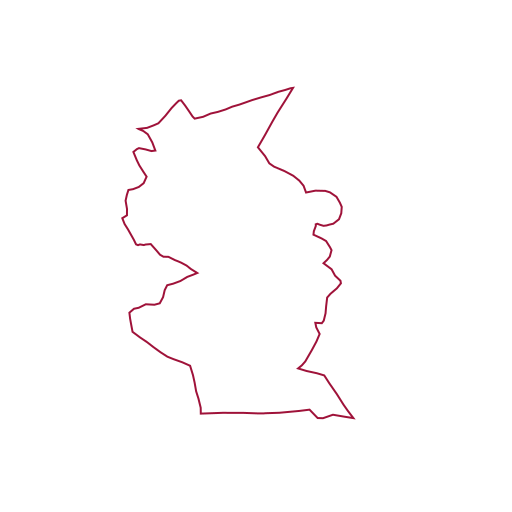 the district of Al-Shatra, Dhi-Qar, Iraq, rotated 120°
{"feature_id": "34846034B98077762120905", "entity_name": "Al-Shatra", "entity_type": "district", "adm_level": 2, "iso_a3": "IRQ", "parent_name": "Iraq", "parent_adm1": "Dhi-Qar", "projection": "robinson", "projection_center": [46.274, 31.405], "detail": "fine", "context": "isolated", "style": "outline", "palette": "rose", "viewbox_px": 512, "rotation_deg": 120, "n_neighbors": 0, "source": "geoboundaries", "source_scale": "gbopen_adm2", "svg_char_len": 2367}
<svg xmlns="http://www.w3.org/2000/svg" viewBox="0 0 512 512"><g transform="rotate(120 256 256)"><path d="M347.7,90.6L344.2,99.0L341.0,105.9L335.2,116.9L329.7,128.6L325.3,137.2L327.1,144.7L330.3,154.7L332.3,163.3L327.7,161.6L322.7,160.6L316.1,160.6L309.4,160.6L299.8,160.9L291.7,161.9L287.7,168.1L284.2,171.2L281.3,165.4L278.1,165.0L270.9,167.1L264.3,170.2L263.6,170.5L258.0,172.9L256.4,173.6L251.4,172.6L243.6,169.8L237.2,168.8L235.2,170.5L233.5,177.7L229.7,183.9L228.5,193.9L223.9,192.5L219.6,191.8L213.2,193.5L211.4,196.3L208.0,202.8L208.0,208.0L208.8,216.9L205.6,218.3L200.2,219.2L199.6,219.5L198.7,220.1L197.4,219.0L197.0,216.3L196.1,212.6L194.3,210.2L192.0,208.0L189.4,205.2L182.7,202.5L176.4,203.5L170.6,206.3L167.9,210.0L164.5,215.9L163.9,223.8L165.0,228.6L167.9,233.9L169.7,237.2L176.0,244.4L171.4,249.9L169.1,256.1L167.9,263.7L168.2,273.6L169.6,285.0L169.1,290.8L165.0,298.0L160.9,308.7L158.3,308.7L146.7,308.7L131.3,309.0L120.9,309.0L104.4,308.3L91.9,308.0L93.6,310.1L97.7,313.8L102.6,318.7L109.9,324.8L116.2,331.0L122.9,337.3L127.5,341.2L133.2,346.1L138.6,351.3L144.3,355.6L150.3,361.1L155.3,366.5L161.9,371.4L167.7,377.8L166.9,380.7L164.0,386.6L161.2,392.5L158.6,398.7L160.1,400.5L163.6,401.5L170.1,403.1L179.9,404.6L189.9,406.9L194.1,410.0L199.5,414.4L204.7,421.4L204.7,421.1L204.1,416.2L204.7,410.6L209.5,402.6L215.0,395.9L217.4,399.0L218.9,404.9L221.1,411.3L223.0,412.6L227.2,414.2L232.6,407.2L235.9,402.3L239.4,395.6L242.0,390.4L249.1,389.7L254.8,392.0L259.6,395.9L262.6,399.5L267.6,398.4L273.3,396.6L279.8,391.2L285.3,388.1L290.1,390.7L294.0,385.8L297.0,380.1L299.9,375.2L303.1,369.8L305.9,365.7L305.6,363.6L304.0,362.3L302.6,358.6L301.3,357.4L298.3,353.1L300.9,345.3L302.9,339.7L302.9,335.8L300.5,331.4L300.1,324.2L299.6,321.0L299.2,317.5L299.0,311.3L299.8,306.2L300.1,298.4L303.5,301.0L308.5,305.1L315.5,309.0L321.4,313.9L325.7,318.3L331.2,318.0L338.1,315.9L345.1,315.7L349.0,319.6L352.9,327.3L359.5,331.7L362.7,335.3L368.4,337.3L373.2,333.7L377.7,329.9L383.4,325.0L384.5,315.7L385.1,307.2L386.2,299.2L387.1,290.4L387.5,282.4L386.6,276.0L384.9,266.7L384.0,258.2L390.7,251.0L396.4,245.8L403.1,240.2L408.3,234.5L415.1,228.0L420.1,225.0L408.5,206.5L397.9,188.0L391.7,176.3L388.5,170.7L387.3,169.0L380.1,157.4L368.5,141.0L362.3,132.8L365.5,121.6L363.0,116.9L355.0,110.0L351.0,99.2L347.7,90.6Z" fill="none" stroke="#9f1239" stroke-width="2"/></g></svg>